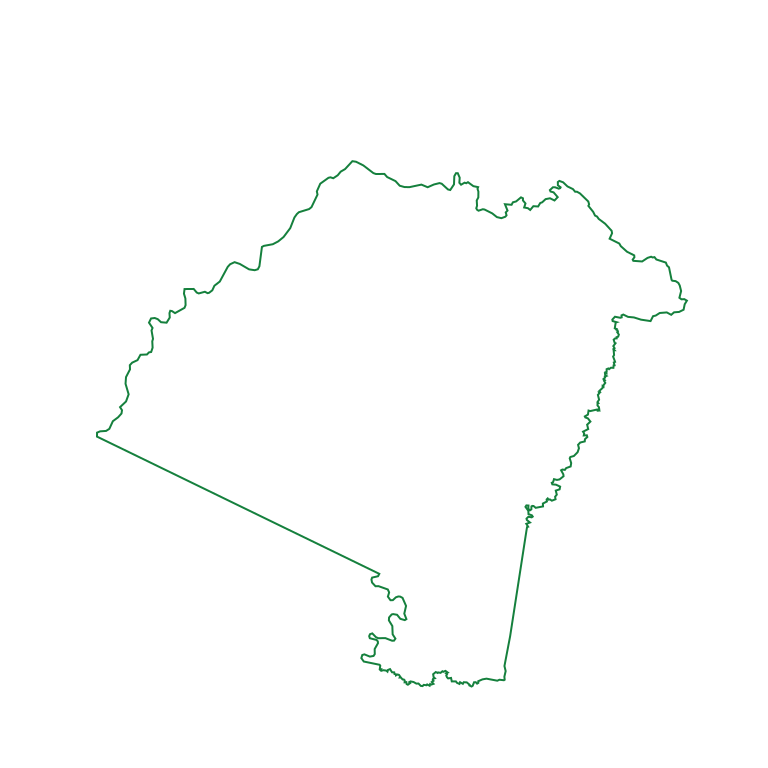 the district of La Macarena, Meta, Colombia, rotated 116°
{"feature_id": "7082276B91744588018589", "entity_name": "La Macarena", "entity_type": "district", "adm_level": 2, "iso_a3": "COL", "parent_name": "Colombia", "parent_adm1": "Meta", "projection": "natural_earth1", "projection_center": [-73.869, 2.122], "detail": "fine", "context": "isolated", "style": "outline", "palette": "green", "viewbox_px": 768, "rotation_deg": 116, "n_neighbors": 0, "source": "geoboundaries", "source_scale": "gbopen_adm2", "svg_char_len": 6166}
<svg xmlns="http://www.w3.org/2000/svg" viewBox="0 0 768 768"><g transform="rotate(116 384 384)"><path d="M185.9,147.3L180.5,148.7L176.3,148.3L176.1,151.3L177.5,153.8L177.0,156.3L170.2,157.7L165.8,161.4L164.1,163.8L163.7,167.0L164.8,170.2L164.3,171.2L154.2,179.0L153.5,181.5L151.3,183.9L152.7,193.8L151.4,196.5L152.5,198.0L152.5,199.7L155.1,202.4L160.7,205.7L164.0,213.9L163.2,215.0L160.3,214.5L158.7,215.5L158.6,223.5L156.3,231.6L154.6,234.1L154.5,244.9L148.5,245.1L146.5,246.6L143.0,255.5L141.5,263.4L140.1,265.9L140.1,268.2L137.6,271.4L134.3,278.4L132.6,278.4L130.4,280.4L126.8,291.4L126.6,294.8L127.4,296.5L126.0,299.6L126.0,305.7L124.2,311.4L124.6,315.4L126.3,316.3L129.2,314.8L129.8,311.5L130.7,311.5L131.8,312.5L132.2,316.5L133.1,318.4L137.0,319.9L138.0,318.7L137.4,315.6L139.9,309.8L144.3,311.2L144.3,316.2L147.0,319.8L151.4,321.5L152.8,322.9L156.9,323.3L158.7,327.7L163.5,328.9L162.9,331.7L163.9,335.4L159.7,336.0L158.1,339.6L156.2,340.5L156.2,342.7L162.0,345.3L164.2,347.8L167.0,347.9L169.4,354.1L174.0,349.0L176.4,349.8L178.7,347.8L180.5,348.3L183.5,351.2L184.5,355.7L183.2,361.5L183.1,370.1L183.6,371.8L186.8,375.0L186.6,376.7L185.6,378.1L183.0,378.5L178.4,381.1L175.0,381.0L169.7,383.5L167.6,385.5L165.8,385.7L167.0,390.4L165.8,397.0L167.5,398.1L167.7,399.8L171.1,402.1L170.1,404.5L165.4,406.4L162.2,410.1L163.0,411.7L166.4,411.9L173.9,408.6L180.6,409.5L181.1,411.8L178.7,419.9L179.1,422.2L182.8,426.6L188.0,431.0L188.4,437.8L195.9,447.4L198.0,451.9L198.9,456.8L196.6,462.6L196.6,471.9L195.0,475.7L198.8,483.3L199.1,486.0L196.6,498.4L196.5,506.6L197.6,510.1L207.9,513.2L212.1,516.0L216.7,517.1L221.3,519.8L221.7,522.7L223.0,524.3L231.9,529.1L240.3,528.8L242.9,526.8L256.8,526.7L259.6,528.0L266.9,535.8L269.4,536.8L273.6,537.5L285.0,536.6L295.9,538.7L302.2,541.6L307.1,545.2L312.5,552.5L314.3,553.8L332.8,547.6L336.2,547.7L338.4,550.1L340.1,555.5L339.3,566.2L340.0,571.7L343.8,574.8L347.2,575.8L363.9,576.5L370.0,579.5L375.1,579.4L378.7,581.2L379.7,582.4L379.6,585.4L383.8,590.2L383.9,592.4L382.0,596.7L386.1,604.9L390.5,603.4L394.2,600.0L400.1,596.9L403.0,596.7L411.9,602.9L411.4,606.6L411.9,608.2L414.3,607.9L418.2,605.7L424.2,606.3L426.2,611.5L424.9,615.8L425.2,619.0L427.2,622.1L431.9,622.1L435.1,616.6L437.8,616.4L444.7,611.4L447.2,611.0L452.8,607.9L457.3,607.3L458.6,609.1L461.4,610.0L464.5,615.7L470.6,616.0L475.2,619.7L478.5,620.7L482.2,618.7L490.9,618.9L497.1,616.4L505.2,609.0L512.8,608.2L520.5,611.1L522.4,608.0L525.6,607.0L530.5,608.4L536.3,611.4L544.7,611.2L548.0,613.2L551.0,618.4L553.5,620.6L557.1,618.9L556.7,305.0L559.4,305.1L563.2,309.8L565.2,309.6L567.7,307.7L569.5,303.0L568.1,300.3L567.0,290.5L569.1,288.0L573.4,287.3L575.5,283.4L574.4,281.3L570.5,279.8L568.7,278.0L568.0,276.3L568.1,273.6L573.8,266.9L581.5,265.1L585.5,260.8L587.1,261.8L587.9,266.4L585.7,271.1L586.8,274.9L587.8,276.1L591.6,277.1L594.3,276.0L597.9,270.4L605.2,266.5L607.9,262.1L610.3,262.5L611.2,264.2L611.8,271.4L615.0,277.7L615.1,280.2L613.3,285.2L615.0,286.9L617.1,286.8L618.7,285.3L617.3,278.4L618.1,276.7L619.6,275.8L626.3,276.2L630.8,273.9L633.0,274.2L635.2,277.2L635.6,283.1L637.1,284.7L640.3,284.2L642.3,280.5L638.3,264.9L638.8,263.9L642.1,262.8L641.6,261.6L642.8,261.7L643.0,260.8L641.5,259.1L640.6,256.3L641.0,254.8L639.3,255.1L637.6,253.6L639.6,250.4L638.7,248.4L640.1,247.4L639.7,246.0L640.6,245.5L639.1,244.4L638.9,243.0L639.9,241.2L640.9,241.2L640.4,240.2L641.4,237.8L640.9,236.7L641.3,235.5L643.1,234.7L642.2,233.3L643.8,232.1L643.8,230.7L641.4,229.4L640.9,230.6L639.7,229.8L638.9,226.8L639.1,223.6L638.1,221.7L639.2,218.6L638.6,216.9L637.0,216.4L636.1,213.7L635.1,213.5L635.2,210.7L633.5,211.0L633.5,209.8L631.8,208.1L630.9,210.4L629.1,209.4L628.6,210.5L627.4,210.6L626.2,209.3L625.6,211.0L623.3,212.6L620.2,211.2L620.2,209.1L619.5,208.9L618.8,206.5L616.6,205.6L616.7,204.6L614.9,203.0L615.4,200.2L616.9,201.4L617.3,200.1L618.8,200.2L620.0,198.8L620.5,197.3L618.8,194.9L621.6,192.7L619.8,189.0L620.6,187.4L620.5,184.7L618.7,184.9L618.9,181.7L617.1,181.6L615.9,178.8L616.8,175.2L617.5,175.1L617.5,172.7L616.4,172.0L612.6,172.3L611.8,170.8L612.5,169.0L611.3,168.2L609.8,169.0L606.3,166.0L603.9,162.7L601.0,152.1L599.2,150.6L597.7,146.4L596.9,145.9L594.3,147.5L588.7,148.8L584.7,152.1L555.3,160.1L453.3,191.7L449.9,192.7L449.1,191.9L447.3,194.8L444.5,192.1L443.6,196.0L442.5,196.9L440.0,196.0L439.1,192.8L438.0,192.2L437.2,193.5L437.6,197.1L434.7,198.7L432.4,203.0L430.7,202.8L429.9,200.9L432.9,199.6L433.5,197.4L432.1,196.6L429.4,197.8L428.6,197.3L428.1,196.1L428.8,193.4L424.3,187.4L421.8,188.8L418.2,186.1L416.5,187.2L415.1,186.7L415.8,185.4L415.0,184.3L415.3,182.0L412.4,179.3L410.3,180.8L407.7,180.2L404.5,182.9L401.7,180.0L399.0,180.7L399.1,185.3L400.4,188.7L399.3,189.9L398.0,189.0L395.0,189.5L394.4,186.5L392.8,184.4L388.2,182.2L386.6,183.2L383.9,187.0L382.7,186.2L381.9,183.8L379.7,183.4L376.3,180.1L373.0,181.1L369.4,184.5L367.9,184.5L365.5,181.8L360.5,180.1L356.3,180.6L353.6,182.9L350.6,182.0L347.6,178.4L345.5,179.2L342.5,178.0L341.2,179.2L342.7,181.9L340.7,182.4L339.6,184.2L335.0,180.7L331.5,183.6L327.3,182.0L325.5,185.7L325.8,188.4L325.1,189.3L322.1,187.3L318.2,188.5L317.9,186.7L313.6,181.4L314.4,180.4L313.5,178.9L312.8,180.0L312.3,179.5L310.6,180.7L309.7,182.7L308.0,183.5L307.3,182.9L306.7,184.2L303.8,183.8L300.0,187.0L297.9,186.4L297.2,187.3L296.5,186.3L295.7,187.4L291.7,185.8L290.0,186.6L290.1,185.6L288.8,186.2L286.0,185.6L284.7,187.6L283.8,187.1L283.3,188.9L281.3,188.1L280.5,188.8L279.2,187.6L279.0,189.1L277.5,190.1L277.0,188.9L276.3,190.0L275.5,189.2L273.1,190.4L271.7,189.2L272.0,188.2L269.9,187.2L268.9,184.9L266.6,185.8L266.1,185.0L263.9,186.9L262.8,186.0L258.9,190.1L257.1,189.9L253.0,192.4L252.6,191.6L252.0,193.1L250.7,192.5L249.4,194.5L245.9,193.8L245.9,194.7L243.5,197.0L241.9,196.4L241.0,194.9L240.0,195.5L238.8,194.3L236.6,194.6L235.2,197.1L234.5,196.6L233.4,197.6L233.3,199.0L232.6,199.0L232.8,201.0L227.2,202.7L226.5,202.0L227.2,206.1L226.0,207.0L222.3,205.9L220.9,200.7L219.9,199.6L218.2,200.6L216.7,199.4L216.7,194.1L214.6,188.5L213.5,181.2L210.6,172.0L205.1,171.9L203.4,169.8L199.3,167.3L195.7,161.2L195.9,156.2L192.4,154.7L189.9,150.4L185.9,147.3Z" fill="none" stroke="#15803d" stroke-width="2"/></g></svg>